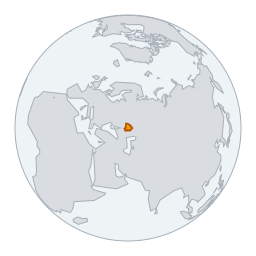 globe centered on Volgograd, rotated 30°
{"feature_id": "RUS-2369", "entity_name": "Volgograd", "entity_type": "Region", "adm_level": 1, "iso_a3": "RUS", "parent_name": "Russia", "parent_adm1": "", "projection": "orthographic", "projection_center": [44.238, 49.343], "detail": "fine", "context": "on_globe", "style": "filled", "palette": "amber", "viewbox_px": 256, "rotation_deg": 30, "n_neighbors": 0, "source": "natural_earth", "source_scale": "10m", "svg_char_len": 12086}
<svg xmlns="http://www.w3.org/2000/svg" viewBox="0 0 256 256"><g transform="rotate(30 128 128)"><circle cx="128" cy="128" r="113" fill="#eef3f6" stroke="#a8b0b8"/><path d="M110.8,16.7L111.1,16.6L113.6,17.4L110.5,17.6L111.5,18.0L115.4,17.8L117.7,17.7L126.3,20.6L138.8,23.1L143.9,22.9L141.9,24.0L152.3,23.1L159.8,24.8L150.6,23.6L149.1,24.0L153.9,25.4L153.4,26.3L155.4,27.5L154.4,28.5L149.1,27.9L148.3,28.6L151.7,29.6L152.8,31.4L147.9,29.8L149.4,32.8L140.8,32.9L128.5,28.8L123.0,30.5L108.4,30.9L109.0,32.1L103.9,33.3L102.6,35.1L100.3,34.9L101.3,36.6L103.7,36.5L105.0,37.2L104.5,38.4L101.4,38.2L101.2,37.6L100.0,38.2L98.7,37.6L99.0,38.6L95.4,38.4L98.2,40.3L94.6,41.6L92.4,41.0L93.7,38.8L91.7,32.8L89.8,31.9L85.9,32.7L76.3,38.7L73.8,38.9L69.6,40.7L70.5,41.6L74.0,40.4L74.6,42.7L78.9,41.3L79.8,42.1L83.8,41.8L82.0,44.3L78.1,47.1L74.7,47.5L72.9,48.8L75.2,50.6L68.0,53.8L61.7,60.3L59.9,61.0L58.2,58.1L60.6,52.3L58.3,49.5L58.6,54.0L54.2,56.0L53.0,57.6L52.5,59.2L53.7,59.5L52.0,60.9L51.1,56.7L52.7,55.3L52.9,56.6L54.0,54.0L53.4,51.6L51.2,53.1L52.5,48.6L51.0,49.6L50.5,49.4L52.8,47.9L48.6,50.6L49.8,47.3L44.9,52.0L45.9,50.8L51.0,45.8L54.3,42.9L56.6,40.9L63.4,35.7L70.6,31.1L78.2,27.0L86.0,23.5L94.1,20.6L102.3,18.3L110.8,16.7ZM15.6,134.9L16.1,140.3L17.8,150.5L18.7,155.1L16.7,145.0L15.6,134.9ZM42.6,54.6L43.9,53.1L42.8,54.4L42.6,54.6ZM118.8,17.6L115.5,17.8L112.2,17.7L115.0,17.4L118.8,17.6ZM125.1,18.4L123.4,18.6L122.5,17.8L123.7,17.9L125.1,18.4ZM147.6,22.6L145.0,22.1L147.7,22.4L147.6,22.6ZM155.8,27.6L156.7,27.5L157.4,28.2L155.8,27.6ZM84.5,40.4L84.1,41.1L83.6,40.8L84.5,40.4ZM86.6,39.7L86.2,38.9L87.1,38.5L87.3,39.0L86.6,39.7ZM156.4,30.3L157.2,31.6L155.5,30.2L156.4,30.3ZM86.8,40.9L88.8,37.8L90.4,37.1L92.6,38.5L86.8,40.9ZM157.1,32.3L159.1,35.6L161.2,35.6L156.2,37.5L156.2,34.0L153.7,32.2L156.0,32.8L157.1,32.3ZM104.7,36.0L102.1,36.1L104.7,35.0L104.7,36.0ZM106.0,35.1L112.3,30.8L115.8,31.3L113.0,32.5L118.0,32.4L116.6,34.7L113.6,35.3L111.6,34.5L112.6,36.0L106.0,35.1ZM153.1,38.2L152.8,39.0L152.1,38.0L153.1,38.2ZM105.7,37.5L106.6,36.5L109.8,36.8L108.4,38.8L107.8,38.0L105.7,37.5ZM119.9,31.4L122.0,32.1L121.5,34.1L122.3,34.6L116.9,34.8L119.9,31.4ZM106.9,38.6L107.7,39.8L105.8,40.8L105.0,38.4L106.9,38.6ZM111.1,36.1L112.5,36.3L111.3,36.8L111.1,36.1ZM99.3,45.1L100.4,43.8L102.1,43.8L99.3,45.1ZM108.1,40.3L108.8,40.0L109.6,39.9L109.7,40.9L108.1,40.3ZM116.9,36.3L116.3,37.1L119.1,36.3L118.8,37.9L115.3,37.8L116.7,38.5L116.6,39.0L113.9,38.4L116.9,36.3ZM112.2,41.7L107.7,42.3L105.3,44.7L103.7,44.7L107.8,40.9L112.2,41.7ZM113.4,39.8L112.3,41.0L110.9,40.3L110.8,39.1L113.4,39.8ZM119.9,39.1L121.2,36.6L122.0,36.8L119.9,39.1ZM111.8,42.5L113.0,42.3L111.8,42.7L111.8,42.5ZM117.8,40.2L118.1,39.3L118.9,39.5L117.8,40.2ZM114.9,42.8L113.4,43.0L113.3,42.2L114.9,42.8ZM116.4,41.7L117.5,42.2L114.1,41.8L116.5,41.3L116.4,41.7ZM118.5,40.5L119.1,40.3L118.2,40.9L118.5,40.5ZM116.2,46.0L112.0,45.7L111.7,43.8L115.9,44.3L116.2,46.0ZM35.3,166.7L31.9,148.3L34.9,145.3L36.4,138.8L57.8,129.5L61.3,133.9L77.0,139.3L78.8,141.2L75.8,146.1L86.7,157.8L91.5,154.4L102.4,161.1L110.5,162.3L115.3,152.1L102.2,149.9L101.0,144.1L112.4,141.2L124.1,143.2L124.0,141.1L117.6,135.5L121.2,131.9L115.5,133.3L117.1,135.7L113.5,136.8L111.8,134.6L113.2,133.3L109.9,131.8L104.4,138.7L105.4,141.9L96.3,141.2L97.2,146.7L94.4,148.3L91.9,139.8L92.9,137.1L87.4,126.5L85.6,129.2L90.6,139.5L88.6,138.1L86.1,142.2L86.4,138.1L81.4,126.5L73.9,124.9L62.6,131.4L58.5,129.7L55.9,125.0L61.7,115.0L70.1,120.0L72.3,116.8L72.0,110.0L74.6,112.2L75.5,110.2L78.8,111.8L84.9,108.9L88.5,110.0L92.3,104.1L94.7,103.9L91.8,107.4L91.7,110.6L100.7,113.5L102.9,112.7L104.6,108.6L106.9,110.1L107.4,105.9L113.3,105.6L106.5,102.5L108.4,98.1L112.7,95.5L112.1,93.5L105.1,97.8L103.4,100.1L103.9,102.9L98.2,109.0L94.7,109.1L96.1,100.8L91.4,100.2L94.5,94.3L111.5,85.8L117.9,85.0L125.6,92.9L123.3,95.5L119.4,93.9L121.8,99.5L122.2,97.1L124.1,98.4L126.3,94.8L127.8,95.6L127.4,90.9L129.5,91.5L129.6,94.4L134.7,90.0L139.3,90.3L139.7,88.9L138.9,87.4L145.3,89.0L145.3,87.9L143.3,86.9L142.0,84.3L142.3,80.3L144.4,81.0L144.6,82.6L148.4,87.1L148.6,91.4L149.5,91.3L149.8,87.8L145.3,82.2L144.8,79.6L147.3,81.9L146.4,80.9L146.9,79.8L149.4,79.6L146.8,77.0L148.8,65.4L153.9,64.0L155.9,67.2L159.6,60.7L165.0,60.1L163.1,59.2L163.6,55.7L161.9,55.8L161.0,55.1L161.5,46.9L163.3,45.8L161.4,41.7L160.4,41.2L158.9,41.8L156.2,37.5L161.2,35.6L163.2,36.6L165.0,34.9L169.3,37.6L173.7,39.3L177.3,43.5L180.5,44.6L180.8,43.9L185.3,45.0L193.5,50.3L185.4,49.3L172.9,43.0L177.8,45.8L176.3,46.2L177.8,47.9L181.3,49.9L182.0,49.4L185.4,59.0L193.0,67.3L193.6,63.6L196.4,63.5L205.6,70.8L214.0,88.7L217.9,89.8L219.8,92.1L220.1,96.1L217.3,92.7L215.4,93.8L213.8,91.5L213.4,97.1L211.0,94.0L211.8,100.1L214.2,101.3L215.5,97.3L217.2,104.2L221.6,105.0L224.9,109.7L226.6,124.4L224.2,132.9L224.6,134.8L222.3,135.3L221.3,141.4L227.4,146.0L227.9,148.6L225.3,158.1L224.9,156.4L218.7,157.6L219.1,164.6L223.8,165.1L225.5,169.1L222.5,170.8L220.6,167.4L218.4,167.7L217.9,162.0L214.0,155.9L210.9,160.6L210.1,157.1L204.2,153.2L199.1,159.5L191.8,174.3L192.5,183.1L189.2,188.6L181.0,179.4L177.9,171.3L174.5,173.5L166.3,168.0L151.1,171.1L149.3,168.8L146.3,170.5L140.6,168.6L138.0,164.6L134.4,165.2L141.5,175.5L145.4,174.9L149.2,170.2L150.4,173.9L156.0,176.3L148.6,186.4L126.6,195.3L125.0,188.6L111.4,167.8L112.2,165.5L112.1,165.3L112.0,164.8L110.1,168.4L108.0,164.0L114.6,179.1L115.4,185.0L126.2,195.7L125.1,196.7L128.7,198.7L141.2,195.7L141.1,197.8L134.9,207.7L118.1,218.8L120.7,225.5L120.2,230.2L110.6,232.2L112.3,235.1L107.5,235.2L107.8,236.4L104.4,236.9L98.4,236.2L87.3,232.8L85.9,231.9L79.3,227.9L69.9,218.0L71.9,215.2L70.6,211.4L62.7,199.0L64.4,194.4L62.4,191.0L58.3,189.4L56.2,185.1L53.7,183.6L39.2,174.6L35.3,166.7ZM49.3,137.7L48.4,139.6L49.3,137.7ZM135.7,150.7L143.1,150.7L140.9,143.8L143.5,143.4L141.8,141.3L140.7,143.4L136.6,137.6L140.1,135.3L139.8,132.2L137.3,132.1L131.4,137.2L137.2,145.4L135.1,148.4L135.7,150.7ZM28.5,75.2L27.4,77.5L28.2,75.7L28.5,75.2ZM30.2,72.1L29.4,73.5L29.6,73.2L30.2,72.1ZM40.8,56.7L40.8,56.8L40.8,56.7ZM41.9,55.5L42.1,55.2L42.9,54.3L41.9,55.5ZM54.3,56.3L54.3,56.7L53.5,58.3L53.2,57.8L54.3,56.3ZM54.1,65.1L51.3,67.2L53.1,65.2L52.1,64.6L54.6,60.0L59.2,61.2L56.7,61.4L54.1,65.1ZM59.2,54.5L57.1,57.1L59.3,54.2L59.2,54.5ZM77.4,98.0L78.0,100.1L76.1,102.0L71.5,101.2L74.3,98.4L77.4,98.0ZM79.4,102.8L82.0,95.1L85.0,95.5L82.9,96.6L84.5,97.6L81.6,99.6L81.9,107.7L80.1,110.0L72.7,106.8L76.1,106.5L75.3,104.3L79.4,102.8ZM83.5,76.8L84.7,74.1L89.5,78.4L87.9,80.5L83.3,79.7L82.5,76.7L83.5,76.8ZM90.4,44.1L90.5,43.2L91.4,43.1L92.0,43.9L90.4,44.1ZM99.7,44.5L90.7,48.4L90.4,47.5L85.5,51.2L82.8,50.2L86.0,47.8L80.3,50.0L82.1,47.4L78.3,49.2L85.9,43.9L87.3,41.8L86.8,44.5L89.2,45.4L90.7,45.2L96.0,43.1L100.3,39.3L103.5,39.9L104.5,41.2L104.0,42.2L102.1,41.5L102.7,43.3L99.6,43.1L99.7,44.5ZM115.1,59.8L113.2,58.1L113.8,62.6L110.7,62.0L111.0,62.6L108.3,63.3L105.5,65.3L104.2,64.7L103.7,65.7L101.9,66.3L100.7,67.6L98.0,67.0L96.4,68.5L96.1,67.4L93.9,70.3L94.3,67.8L92.1,68.5L92.9,70.5L81.5,64.9L76.4,64.8L71.9,66.2L73.2,62.1L78.2,58.4L84.8,55.6L89.5,56.5L89.2,54.6L91.4,54.5L90.7,56.0L93.1,53.6L94.7,54.0L100.5,52.2L103.0,48.8L105.2,48.2L105.0,49.7L107.3,48.0L108.5,50.5L110.1,50.1L112.9,52.4L111.7,55.7L113.5,55.0L115.7,56.8L115.1,59.8ZM116.9,46.7L116.2,50.5L114.1,52.2L110.1,47.7L108.5,47.7L105.9,45.1L109.0,42.8L109.4,43.8L110.6,44.1L109.2,44.7L111.2,44.5L111.9,45.9L113.6,46.1L112.9,47.3L116.9,46.7ZM81.5,139.9L83.0,140.8L85.5,141.5L84.0,144.1L81.5,139.9ZM77.9,132.1L79.4,132.3L78.5,136.2L76.9,135.4L77.9,132.1ZM80.9,129.2L79.5,132.0L79.4,130.0L80.9,129.2ZM93.2,107.5L94.8,107.5L94.7,108.6L93.5,109.7L93.2,107.5ZM116.3,73.9L115.5,72.5L116.2,72.1L116.7,68.6L119.1,68.8L119.7,71.1L116.3,73.9ZM112.6,153.6L109.9,155.4L108.9,154.2L110.0,153.8L112.6,153.6ZM95.9,150.1L99.4,152.4L95.5,150.9L95.9,150.1ZM118.9,73.6L118.9,72.1L120.1,73.2L118.9,73.6ZM120.8,68.9L122.4,69.8L119.4,68.5L120.8,68.9ZM139.8,229.2L133.1,236.3L127.6,236.5L126.2,234.7L128.4,230.5L134.6,229.0L137.5,226.6L139.8,229.2ZM235.2,162.4L235.9,160.3L235.8,160.7L235.2,162.4ZM234.5,163.7L235.5,161.1L234.1,164.9L234.5,163.7ZM235.9,160.1L236.9,156.7L237.3,155.0L237.1,155.9L235.9,160.1ZM233.7,165.6L228.3,175.0L225.9,177.7L226.8,175.7L230.7,170.1L233.7,165.6ZM226.5,175.9L222.5,177.9L215.2,174.5L217.9,172.2L225.2,171.1L224.7,172.7L227.2,172.1L226.5,175.9ZM235.3,155.8L234.8,159.6L232.1,164.6L230.8,166.5L229.8,164.0L230.4,160.9L231.6,159.1L234.9,144.1L236.3,143.2L235.6,148.7L236.7,149.3L235.3,155.8ZM193.1,183.7L196.0,187.2L194.0,189.0L193.1,183.7ZM235.2,135.7L234.5,142.1L234.8,134.8L235.2,135.7ZM234.7,129.7L235.3,131.2L234.3,130.9L234.7,129.7ZM225.6,137.3L224.3,139.7L223.8,138.5L225.1,134.7L225.6,137.3ZM227.3,113.7L229.2,117.4L229.6,119.0L228.1,117.8L227.3,113.7ZM138.9,75.3L135.5,79.7L134.6,83.4L136.6,86.2L132.4,84.4L133.7,78.7L138.9,75.3ZM147.4,66.4L145.6,64.3L147.3,64.1L147.9,64.6L147.4,66.4ZM145.7,65.9L141.8,65.4L141.4,63.5L144.6,64.3L145.7,65.9ZM130.3,69.3L129.1,70.5L128.2,69.6L130.3,69.3ZM240.5,133.0L240.4,134.7L240.6,130.4L240.5,133.0ZM239.6,142.8L239.5,143.8L239.3,144.3L239.6,142.8ZM240.1,139.2L239.8,141.8L239.9,140.7L240.1,138.8L240.1,139.2ZM237.3,148.4L237.6,149.5L238.6,144.9L237.8,149.3L238.2,150.3L237.8,152.3L237.5,151.0L236.9,155.4L236.4,156.7L236.4,154.4L237.1,149.1L237.6,146.1L239.2,139.5L237.3,148.4ZM240.0,138.3L239.8,136.9L239.9,134.6L240.1,134.8L240.0,138.3ZM238.8,133.9L237.7,133.6L237.2,136.9L237.7,128.5L238.7,130.2L238.8,133.9ZM237.1,129.9L236.7,132.9L236.7,128.5L237.1,129.9ZM236.3,132.5L235.7,130.8L236.3,129.4L236.3,132.5ZM237.4,128.9L236.6,125.1L237.4,126.3L237.4,128.9ZM234.1,127.0L236.2,126.8L234.3,129.9L231.9,123.7L232.5,121.6L234.1,127.0ZM222.8,89.9L221.3,88.5L221.2,86.3L222.3,87.9L222.8,89.9ZM219.6,78.4L220.7,85.3L221.4,91.1L222.2,90.7L224.3,94.7L221.8,93.7L219.7,87.4L219.6,83.6L217.5,80.6L216.1,76.5L213.2,73.9L211.9,71.5L214.5,72.8L219.6,78.4ZM211.9,72.9L206.2,67.6L207.0,64.9L208.4,65.5L210.7,69.0L210.1,70.2L211.9,72.9ZM205.0,65.6L204.4,66.7L194.7,62.5L192.9,61.1L200.7,62.5L200.6,63.7L202.8,65.3L205.0,65.6ZM154.0,39.2L152.9,39.0L153.8,38.6L154.0,39.2ZM160.1,55.3L159.0,54.3L160.1,53.7L160.1,55.3ZM156.7,51.2L156.2,52.6L155.8,50.8L156.7,51.2ZM155.3,55.6L155.6,52.9L156.6,56.0L155.3,55.6Z" fill="#d9dde1" stroke="#a8b0b8" stroke-width="1"/><path d="M132.0,125.9L132.0,126.0L131.9,126.0L131.8,126.3L131.9,126.5L131.7,126.7L131.4,126.9L131.4,127.0L131.2,128.0L131.3,128.0L131.5,128.1L131.6,128.3L131.5,128.5L131.4,128.7L131.2,128.8L131.1,129.3L130.9,129.1L130.7,129.0L130.4,128.9L130.2,129.0L130.0,129.3L129.9,129.4L129.8,129.5L129.7,129.5L129.4,129.6L129.5,129.7L129.4,129.8L129.3,129.7L129.2,129.7L129.2,129.8L129.0,130.0L129.2,130.3L129.3,130.3L129.2,130.4L128.9,130.2L128.9,130.3L128.8,130.5L128.7,130.5L128.4,130.5L128.4,130.4L128.4,130.2L128.2,130.2L128.1,130.5L128.3,130.5L128.2,130.8L127.8,130.8L127.7,130.9L127.7,131.0L127.3,131.2L127.3,131.3L127.2,131.4L127.2,131.5L127.3,131.7L127.2,131.7L126.7,131.7L126.4,131.5L126.2,131.4L126.1,131.1L126.0,130.9L125.8,130.7L125.7,130.6L125.4,130.6L125.2,130.5L125.1,130.4L125.2,130.2L125.3,130.1L125.2,129.9L125.3,129.7L125.6,129.6L125.8,129.6L126.0,129.5L126.0,129.4L125.9,129.3L125.9,129.2L126.0,129.2L126.0,128.9L126.0,128.7L125.7,128.6L125.6,128.4L125.3,128.4L125.2,128.4L125.2,128.2L125.2,127.9L125.2,127.7L125.3,127.6L125.3,127.4L125.3,127.2L125.2,127.0L125.0,126.9L124.7,126.7L124.4,126.2L124.6,125.9L124.5,125.7L124.5,125.4L124.4,125.3L124.4,125.2L124.2,125.1L124.4,125.0L124.5,125.0L124.5,124.9L124.8,124.7L125.0,124.6L125.0,124.4L125.3,124.3L125.6,124.4L125.9,124.4L126.0,124.4L126.3,124.3L126.6,124.5L126.9,124.7L127.0,124.7L127.3,124.6L127.5,124.5L127.6,124.4L127.7,124.5L127.8,124.5L128.0,124.4L128.3,124.3L128.4,124.5L128.5,124.5L128.5,124.4L128.8,124.4L128.8,124.5L129.0,124.5L129.2,124.8L129.3,124.9L129.3,125.0L129.2,125.3L129.3,125.4L129.2,125.4L129.2,125.5L129.4,125.5L129.5,125.5L129.8,125.5L129.8,125.4L129.8,125.2L130.0,125.2L130.2,125.3L130.3,125.4L130.3,125.6L130.5,125.6L130.8,125.6L130.8,125.4L131.0,125.3L131.2,125.5L131.3,125.5L131.5,125.7L131.7,125.8L131.8,125.8L132.0,125.9Z" fill="#f59e0b" stroke="#b45309" stroke-width="1.5"/></g></svg>